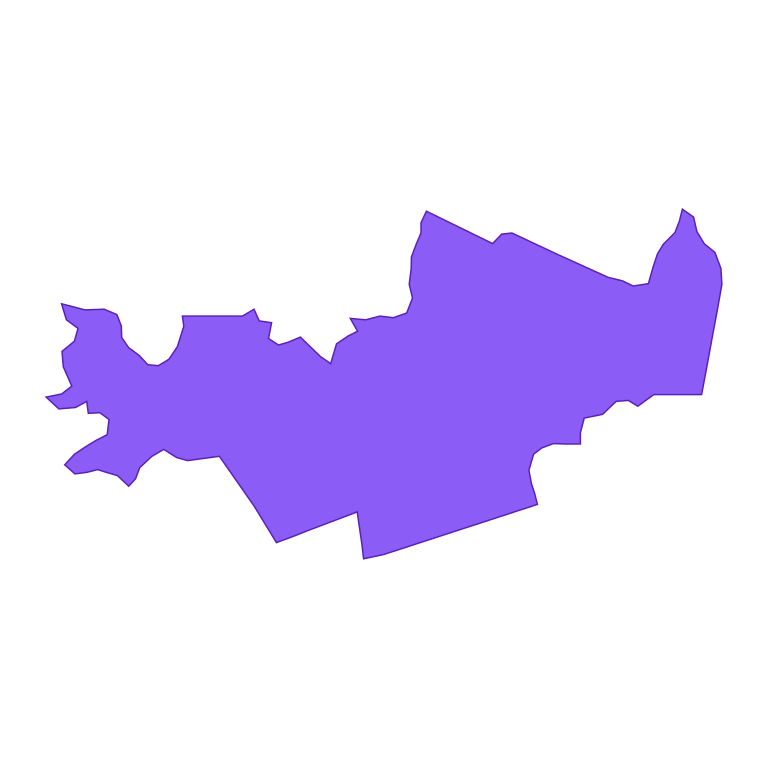 Palmácia, Ceará, Brazil
{"feature_id": "56859067B92857747427809", "entity_name": "Palmácia", "entity_type": "district", "adm_level": 2, "iso_a3": "BRA", "parent_name": "Brazil", "parent_adm1": "Ceará", "projection": "orthographic", "projection_center": [-38.86, -4.125], "detail": "fine", "context": "isolated", "style": "filled", "palette": "violet", "viewbox_px": 768, "rotation_deg": 0, "n_neighbors": 0, "source": "geoboundaries", "source_scale": "gbopen_adm2", "svg_char_len": 1586}
<svg xmlns="http://www.w3.org/2000/svg" viewBox="0 0 768 768"><path d="M107.2,434.7L96.2,440.3L85.4,446.9L74.5,454.2L64.7,464.8L74.9,473.9L87.1,472.3L97.7,469.6L106.8,472.5L117.5,475.6L128.7,486.2L135.6,478.7L139.7,467.7L151.9,456.3L163.7,449.4L176.6,457.5L187.5,460.6L219.4,456.3L254.0,505.9L270.0,532.0L276.4,542.6L294.8,535.8L308.3,530.4L357.2,511.9L361.9,544.3L363.6,558.8L383.7,554.5L537.4,504.4L534.7,493.6L531.4,483.5L528.9,470.2L533.6,454.2L541.7,448.0L553.3,443.6L566.1,444.0L580.4,444.0L580.4,432.8L584.2,418.1L602.6,414.3L616.1,401.4L628.3,400.4L637.8,406.2L653.8,394.6L701.6,394.6L706.8,367.0L712.2,337.5L717.6,308.6L721.9,284.3L720.9,268.4L714.9,252.4L704.3,243.8L696.9,231.6L693.6,217.1L682.4,209.2L679.3,221.4L674.9,232.6L663.3,244.3L657.5,253.8L653.2,266.7L648.4,283.7L633.1,286.0L622.9,281.0L608.0,277.3L556.6,254.0L511.9,233.0L501.7,234.1L492.6,243.6L426.4,211.2L421.0,222.8L421.0,233.0L416.2,244.2L411.4,257.1L411.2,268.7L409.2,284.1L412.5,298.0L406.7,313.0L393.4,317.7L380.0,316.1L365.7,319.8L350.3,318.4L357.6,331.2L348.1,336.0L336.5,343.9L330.7,363.6L320.5,356.6L309.7,346.2L300.4,337.1L288.0,342.3L278.5,345.0L268.5,338.5L271.6,322.7L259.2,320.9L254.0,309.2L242.4,316.1L182.4,316.1L183.8,326.3L177.4,346.6L168.9,359.3L158.3,365.7L147.8,364.7L139.3,355.5L128.7,347.7L121.7,337.5L121.3,325.9L116.9,314.6L104.1,309.2L85.0,309.9L61.6,303.8L66.4,319.8L78.0,328.4L74.4,341.2L62.0,351.4L63.3,366.8L71.8,386.1L61.6,394.0L46.1,397.1L58.9,408.9L75.5,407.5L86.7,401.4L88.3,413.3L99.9,412.7L109.0,419.5L107.2,434.7Z" fill="#8b5cf6" stroke="#5b21b6" stroke-width="1.5"/></svg>